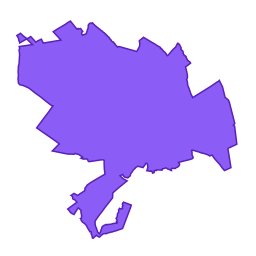 Calarasi, Botosani, Romania, rotated 178°
{"feature_id": "2599482B93043559346462", "entity_name": "Calarasi", "entity_type": "district", "adm_level": 2, "iso_a3": "ROU", "parent_name": "Romania", "parent_adm1": "Botosani", "projection": "robinson", "projection_center": [27.271, 47.62], "detail": "fine", "context": "isolated", "style": "filled", "palette": "violet", "viewbox_px": 256, "rotation_deg": 178, "n_neighbors": 0, "source": "geoboundaries", "source_scale": "gbopen_adm2", "svg_char_len": 5763}
<svg xmlns="http://www.w3.org/2000/svg" viewBox="0 0 256 256"><g transform="rotate(178 128 128)"><path d="M235.9,224.3L235.3,223.3L234.3,221.4L234.1,219.5L233.5,218.1L233.3,216.8L226.2,220.5L220.5,214.7L233.9,213.2L233.5,211.9L233.4,211.5L233.6,211.0L234.0,210.4L234.1,210.0L234.1,208.7L233.8,206.6L233.8,204.9L234.7,195.7L235.2,194.4L235.4,193.2L235.9,187.7L235.7,185.0L235.8,183.6L236.2,181.1L235.9,176.5L234.7,175.1L234.4,174.9L232.5,174.5L230.1,173.6L225.6,171.3L219.3,166.0L214.1,162.0L209.2,157.7L204.9,154.1L203.3,153.0L202.3,152.7L208.2,145.0L209.1,144.0L219.3,131.3L200.9,117.5L197.2,114.5L199.3,112.6L204.4,107.7L192.9,104.9L189.1,104.1L184.5,103.8L182.8,103.6L181.7,104.5L180.5,103.8L179.4,103.7L178.1,103.2L174.3,100.5L176.1,99.5L174.6,98.8L173.8,98.5L170.5,98.5L170.0,98.3L169.6,98.0L168.8,96.1L168.1,95.7L155.9,97.1L154.9,97.1L154.0,97.0L153.2,96.6L152.9,96.4L153.1,94.1L153.1,87.9L152.6,82.7L162.3,77.5L167.0,74.9L170.7,72.5L171.9,70.8L173.1,69.4L173.2,67.9L173.5,67.0L173.7,66.7L180.3,62.7L180.7,62.4L184.3,64.5L187.3,62.6L186.5,62.1L185.9,61.3L185.8,60.3L185.8,59.6L185.2,58.6L183.9,58.2L183.3,57.7L182.7,57.0L181.7,55.6L191.1,49.1L190.1,48.0L188.8,46.1L187.9,45.0L185.0,43.4L182.1,47.7L180.5,49.9L177.6,47.1L178.0,45.9L178.0,45.5L177.4,42.1L177.8,39.3L178.6,39.1L178.2,38.6L178.0,37.2L176.8,35.6L174.4,33.7L172.7,31.6L172.2,30.1L169.7,25.6L169.0,25.8L168.7,25.8L168.5,25.6L168.3,24.9L168.6,23.8L167.8,22.0L167.8,21.6L167.4,19.3L166.4,19.1L165.8,19.8L163.4,21.9L162.4,21.0L160.5,20.0L160.3,20.0L159.8,20.3L158.5,21.6L156.6,23.0L154.8,23.3L153.4,23.1L151.8,23.8L148.2,24.6L146.9,24.8L145.1,25.4L143.4,25.7L140.4,26.7L137.9,27.4L137.0,27.8L136.6,28.5L128.1,48.7L127.4,50.9L134.9,54.0L135.0,53.7L135.9,53.2L136.3,52.0L135.9,51.1L135.6,50.6L135.7,50.3L136.3,49.9L136.4,49.6L136.5,49.0L136.2,47.9L136.5,47.7L138.0,47.3L139.3,48.0L140.3,46.5L140.3,46.3L140.2,45.0L140.3,44.2L141.4,42.9L141.9,40.4L141.9,39.7L142.0,39.5L142.8,38.6L143.1,38.0L142.1,36.5L142.1,36.2L142.1,35.7L142.7,35.3L142.9,35.0L142.9,34.4L142.8,34.2L142.6,34.0L142.1,33.9L142.5,33.2L143.4,33.1L144.2,33.3L144.7,33.2L147.0,32.9L148.1,32.5L149.2,32.3L150.9,32.4L152.0,32.1L152.8,32.1L152.9,32.3L153.2,32.2L154.0,32.2L154.4,31.8L155.7,31.4L157.2,30.2L157.6,29.7L157.7,28.8L158.5,27.2L158.8,25.8L159.3,25.0L160.0,23.2L160.5,23.5L162.1,25.3L162.2,26.1L162.6,27.2L163.0,29.0L163.6,30.1L164.2,32.6L164.2,35.9L163.3,37.3L159.5,42.3L156.9,45.3L153.5,49.7L146.1,58.4L145.8,59.0L145.8,59.4L145.5,63.5L144.3,64.6L140.2,68.0L130.7,75.2L134.3,77.2L137.7,80.6L134.9,81.7L134.9,81.4L134.3,80.4L133.0,78.9L131.5,78.5L130.7,78.6L130.0,78.1L127.4,80.2L126.9,82.3L125.2,84.2L124.9,84.8L124.1,85.9L122.5,87.2L121.6,88.3L120.7,88.8L119.4,89.4L114.3,87.9L113.3,89.3L111.7,91.4L111.3,92.2L109.9,91.7L109.8,90.3L109.6,89.3L109.7,87.3L110.2,86.3L109.9,86.0L110.7,84.7L107.3,83.9L106.0,84.3L105.4,83.3L105.2,82.4L104.9,82.0L103.9,82.3L103.8,82.6L103.4,82.7L103.4,84.5L101.2,84.5L101.1,85.0L100.6,84.9L100.2,85.2L95.7,84.7L95.2,84.9L95.1,85.2L95.2,86.0L92.7,86.4L91.7,86.8L91.0,86.6L90.0,85.7L88.5,85.2L88.0,84.9L87.1,84.6L86.3,83.9L86.0,83.9L86.1,85.5L86.1,86.0L85.7,86.0L85.1,86.2L82.3,85.8L81.5,86.5L80.3,87.0L78.8,87.8L77.9,89.2L77.7,90.1L77.8,90.6L78.7,91.9L67.9,94.2L64.9,95.0L63.9,96.0L64.4,97.7L64.9,99.0L65.0,99.6L64.8,101.6L65.3,103.3L64.2,103.6L57.5,101.4L56.0,100.7L54.7,100.3L51.7,99.5L50.0,98.7L48.6,98.2L47.5,97.2L44.8,98.0L43.6,95.8L41.5,93.0L37.3,88.0L35.5,85.1L33.1,82.1L26.5,84.8L28.9,104.1L19.8,108.0L21.4,126.2L22.6,127.2L21.1,128.7L25.8,150.1L26.7,152.5L29.9,155.3L32.1,165.8L35.1,172.4L35.9,171.5L37.3,170.9L43.2,167.1L62.3,156.1L63.0,157.9L63.9,159.7L65.6,165.4L66.8,168.5L66.9,170.6L67.2,172.5L67.4,173.8L67.8,174.3L67.2,175.4L66.8,176.6L66.8,177.7L66.9,179.1L67.4,182.6L68.4,187.0L63.2,190.6L63.6,191.5L64.6,192.4L65.0,192.6L65.2,193.0L65.8,193.3L66.2,193.7L66.4,194.6L66.8,195.1L66.9,195.6L67.5,196.3L67.5,196.7L67.4,197.3L68.0,198.0L68.8,198.2L69.4,198.9L69.4,199.2L69.9,199.8L70.3,200.5L70.1,201.2L70.3,201.8L70.3,202.1L70.8,203.1L70.8,203.4L71.8,203.9L72.0,204.5L72.4,204.7L72.5,204.9L72.4,205.5L72.1,205.8L72.2,206.8L72.9,207.5L73.3,209.0L73.6,209.3L73.7,209.8L74.0,209.7L74.9,210.3L75.0,210.9L75.5,211.0L77.8,206.8L78.2,206.7L79.2,205.9L81.6,203.6L83.5,201.3L85.5,199.3L85.9,198.9L86.1,198.9L86.3,199.0L87.1,200.3L87.2,200.7L88.0,201.8L89.1,203.1L89.7,203.4L90.2,204.0L90.3,204.3L90.6,204.6L91.2,205.5L91.5,205.8L92.7,206.2L92.4,206.6L92.8,207.4L96.5,209.7L97.5,210.5L101.2,212.8L109.2,218.0L109.4,218.1L111.0,216.8L113.2,215.2L113.7,214.6L113.7,214.3L113.3,212.4L113.3,210.6L113.5,209.8L114.3,207.9L115.5,206.0L116.3,204.5L116.6,204.2L133.7,209.6L134.9,209.7L135.6,209.3L135.9,209.9L136.7,210.4L136.9,210.7L137.2,210.9L137.4,211.3L137.7,211.5L137.9,211.7L137.9,212.2L138.1,212.6L139.0,213.2L139.1,213.6L139.4,214.3L139.8,214.3L140.1,214.7L141.1,215.1L141.6,216.0L141.7,216.4L142.2,216.8L142.6,217.4L143.2,217.9L143.3,218.6L143.4,218.8L143.8,219.1L144.0,219.5L145.0,220.2L145.8,221.3L146.3,221.4L146.3,221.8L147.2,222.8L147.9,223.1L148.0,223.5L148.4,224.0L148.7,224.1L149.6,224.7L150.1,225.6L152.3,227.0L152.6,227.6L153.9,228.4L154.2,228.7L154.3,229.0L155.0,229.4L155.2,229.7L155.5,229.8L156.2,230.6L156.4,230.6L156.7,231.1L157.4,231.5L157.9,232.3L158.5,232.8L159.0,233.1L159.3,233.9L160.0,234.4L160.6,233.8L161.5,234.1L162.4,234.1L163.3,233.3L164.1,232.3L164.3,229.6L166.6,223.5L170.4,222.4L171.1,224.1L170.7,225.3L169.8,226.0L171.9,229.1L173.9,228.6L174.4,229.2L175.4,228.5L176.8,230.1L181.8,236.9L184.5,235.5L186.2,234.3L190.4,231.9L195.1,229.4L199.4,226.8L191.9,218.2L209.8,215.8L209.9,216.5L210.9,218.4L211.4,219.8L215.3,218.2L217.1,217.0L222.0,222.8L225.6,220.7L229.0,223.3L231.0,225.2L232.1,226.4L235.9,224.3Z" fill="#8b5cf6" stroke="#5b21b6" stroke-width="1.5"/></g></svg>